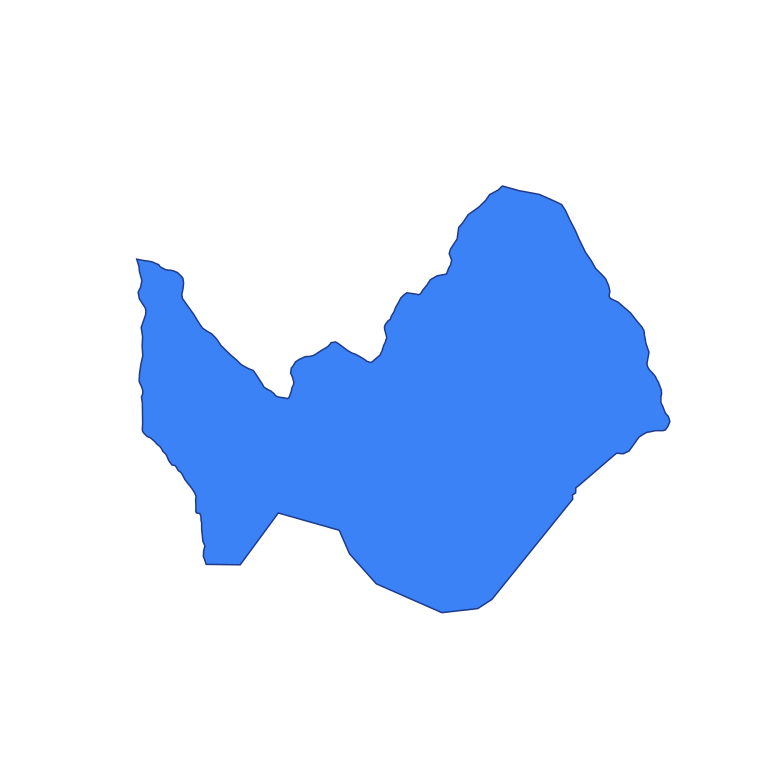 outline of Samphelling, Chhukha, Bhutan, rotated 327°
{"feature_id": "84629894B17389160207490", "entity_name": "Samphelling", "entity_type": "district", "adm_level": 2, "iso_a3": "BTN", "parent_name": "Bhutan", "parent_adm1": "Chhukha", "projection": "equal_earth", "projection_center": [89.481, 26.851], "detail": "fine", "context": "isolated", "style": "filled", "palette": "blue", "viewbox_px": 768, "rotation_deg": 327, "n_neighbors": 0, "source": "geoboundaries", "source_scale": "gbopen_adm2", "svg_char_len": 3711}
<svg xmlns="http://www.w3.org/2000/svg" viewBox="0 0 768 768"><g transform="rotate(327 384 384)"><path d="M591.1,282.4L585.3,283.5L575.7,282.7L569.2,285.4L559.9,287.3L546.9,287.8L538.1,291.6L531.9,293.4L524.3,302.2L513.5,306.9L509.7,310.1L508.2,316.9L504.8,320.3L501.3,322.1L496.3,325.8L487.5,322.2L479.8,321.8L476.7,323.1L473.7,324.5L467.5,326.4L463.7,328.3L461.4,327.8L460.2,326.4L452.9,320.0L449.5,320.1L444.9,321.0L442.6,322.4L439.1,324.3L435.5,326.1L431.5,329.0L427.2,331.0L424.6,333.2L421.8,333.2L417.6,334.8L415.7,336.1L414.3,338.5L412.3,344.6L411.5,346.8L409.9,347.8L407.8,349.7L404.7,351.5L400.3,355.2L396.3,357.6L390.8,358.3L387.6,358.8L384.7,358.9L382.2,355.9L380.3,351.1L378.0,346.7L376.1,343.2L374.0,340.6L371.8,336.3L370.2,332.0L367.7,325.2L366.3,322.4L364.4,321.5L362.1,320.5L360.5,321.2L357.5,322.0L354.5,322.0L349.2,321.7L343.9,321.8L340.0,321.6L337.0,320.5L332.7,318.1L326.2,317.2L322.0,317.2L317.2,319.5L315.0,320.1L311.6,324.0L311.0,328.3L309.4,333.3L307.8,335.2L304.8,337.0L302.1,339.7L298.1,342.8L296.8,343.6L295.0,343.6L293.0,341.5L288.1,337.2L286.7,334.7L286.5,332.3L285.3,328.3L284.2,326.5L282.4,323.0L281.6,320.9L281.9,318.1L281.9,315.0L281.9,312.1L281.9,307.8L281.8,303.5L281.6,301.3L278.8,297.4L276.2,292.8L274.7,289.6L273.6,284.2L271.3,276.5L269.4,268.2L268.2,262.6L268.2,257.0L267.9,253.4L266.7,247.8L264.7,244.1L262.3,238.5L262.1,235.2L262.1,232.0L262.2,227.0L262.4,221.3L262.2,218.7L261.9,211.9L261.5,202.7L263.3,198.6L267.1,194.9L270.9,190.2L273.0,185.7L272.4,181.6L271.5,178.1L269.5,175.0L267.5,172.8L263.4,169.6L262.3,167.7L260.2,164.1L260.0,161.2L256.1,155.4L253.6,152.9L248.9,148.8L244.6,144.6L242.4,152.3L240.2,156.3L237.3,165.4L232.4,170.4L227.8,173.1L225.2,179.4L225.2,184.5L225.2,190.3L224.0,193.2L221.5,196.3L216.2,200.4L211.1,204.4L207.4,212.7L201.9,220.3L197.1,228.9L190.8,235.1L184.8,241.9L180.2,248.2L179.6,251.1L179.3,253.3L178.4,257.4L176.5,260.7L173.5,262.8L171.1,268.1L165.2,277.5L160.0,285.8L156.5,290.5L155.8,292.3L155.8,294.8L156.7,298.8L158.8,302.1L160.3,306.8L160.8,310.6L162.0,314.2L162.2,317.5L161.8,319.8L162.4,322.2L162.8,324.7L162.4,327.4L161.8,330.7L161.9,333.9L162.0,336.3L164.5,338.8L164.5,340.5L164.3,344.6L165.5,347.6L165.5,349.7L165.0,355.9L165.3,359.4L165.4,361.5L165.7,363.5L166.0,368.6L165.9,371.7L165.4,375.6L162.5,379.1L161.7,380.7L159.3,384.7L156.8,388.3L156.4,389.9L159.0,392.3L158.4,395.2L156.2,398.9L155.4,401.2L152.6,405.5L151.2,408.0L146.6,417.0L146.2,418.7L145.7,422.2L141.9,425.6L138.6,430.2L137.8,434.1L136.6,438.4L142.6,442.4L164.9,457.3L225.1,434.6L266.8,482.3L262.6,507.7L268.7,547.4L308.0,607.3L340.3,623.4L357.2,623.4L479.5,583.4L481.7,579.6L485.3,579.8L488.4,575.5L492.6,575.2L537.8,569.1L541.4,568.7L546.6,572.8L552.9,573.7L561.1,570.5L568.9,567.4L574.1,567.4L578.0,567.7L581.6,569.2L586.3,571.0L592.6,575.1L594.9,575.8L599.1,574.1L600.4,573.2L602.8,571.6L603.6,570.4L604.2,568.4L604.8,565.8L604.3,563.1L604.2,561.1L604.8,558.3L605.5,555.3L605.7,553.8L606.0,551.1L606.6,549.6L609.4,545.4L611.3,543.6L613.0,540.7L613.6,538.9L614.0,536.8L614.5,534.5L615.2,531.6L615.1,530.0L615.2,528.5L615.7,525.5L615.2,521.1L614.9,519.5L614.4,517.5L614.4,515.9L614.4,513.4L615.1,511.5L615.9,509.7L616.9,508.8L618.1,507.5L619.1,506.3L620.4,505.1L621.4,503.9L622.5,502.9L623.6,501.5L624.4,498.1L625.3,494.6L626.1,491.7L627.2,489.5L628.4,486.5L629.2,484.5L630.0,483.2L631.2,480.3L631.1,478.8L631.4,477.3L630.2,467.3L629.5,458.8L624.9,442.9L620.5,435.6L620.5,433.0L623.9,429.3L626.0,423.7L627.2,416.3L626.3,411.2L624.4,402.5L625.0,393.6L624.7,383.3L626.5,368.5L628.0,360.0L629.2,347.8L630.7,337.4L630.7,330.4L629.4,328.1L628.2,326.0L617.7,309.8L604.3,297.0L603.1,296.0L591.1,282.4Z" fill="#3b82f6" stroke="#1e3a8a" stroke-width="1.5"/></g></svg>